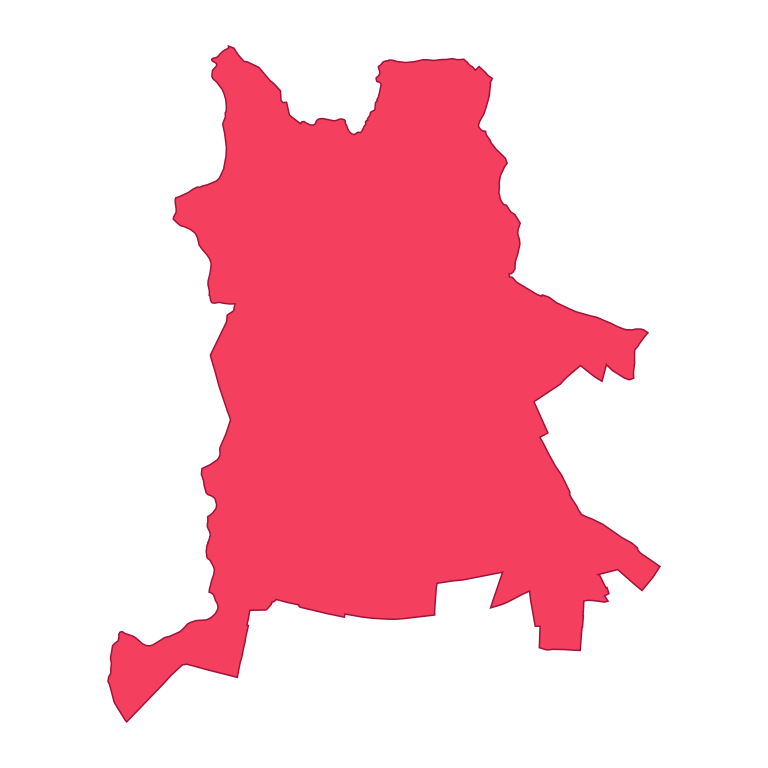 outline of Ludza, Ludzas, Latvia
{"feature_id": "27541924B46448426617043", "entity_name": "Ludza", "entity_type": "district", "adm_level": 2, "iso_a3": "LVA", "parent_name": "Latvia", "parent_adm1": "Ludzas", "projection": "orthographic", "projection_center": [27.71, 56.543], "detail": "fine", "context": "isolated", "style": "filled", "palette": "rose", "viewbox_px": 768, "rotation_deg": 0, "n_neighbors": 0, "source": "geoboundaries", "source_scale": "gbopen_adm2", "svg_char_len": 6045}
<svg xmlns="http://www.w3.org/2000/svg" viewBox="0 0 768 768"><path d="M602.0,381.3L606.4,364.6L612.5,370.6L624.5,378.1L628.9,379.7L630.3,379.5L633.7,378.2L633.5,373.0L633.9,368.2L634.7,362.7L634.5,357.1L634.7,349.9L638.6,345.4L638.9,344.4L644.5,336.8L648.0,332.8L643.8,329.9L641.2,329.1L636.0,329.0L632.1,329.9L626.4,329.7L623.2,328.9L616.8,326.3L610.8,323.2L603.1,320.1L597.9,317.7L587.3,315.0L576.5,311.9L569.9,309.1L556.6,302.8L548.8,297.1L542.3,294.9L541.7,296.2L536.9,294.4L516.6,282.2L512.5,277.5L509.4,276.8L509.0,274.0L510.9,273.7L512.7,272.5L514.9,269.2L515.3,261.6L517.6,254.9L519.9,244.1L519.4,239.3L517.7,233.8L518.1,229.5L520.2,223.2L515.0,214.7L510.6,211.7L506.4,205.3L503.6,204.5L501.5,201.5L500.4,199.2L498.9,192.4L499.4,187.7L499.2,182.7L500.3,176.0L504.7,166.5L507.2,163.3L505.3,158.1L495.9,149.0L492.5,144.5L491.3,143.4L490.2,140.4L486.0,134.5L485.7,131.5L485.1,131.2L482.6,130.9L480.8,129.7L478.7,126.8L478.6,125.2L479.0,123.5L479.8,121.2L483.7,114.3L486.0,107.7L488.2,100.0L489.2,96.1L489.6,92.4L490.5,83.5L490.1,83.2L492.3,78.4L487.9,75.4L485.8,72.9L479.1,66.5L475.4,70.2L472.5,66.8L470.8,66.0L469.2,64.8L467.0,61.9L465.7,61.1L463.8,59.2L459.7,59.6L456.7,59.6L452.3,58.6L446.4,59.5L441.8,59.5L433.9,60.5L427.6,59.8L423.2,59.7L414.3,61.7L405.7,62.5L397.5,61.6L392.2,60.1L388.8,60.1L387.7,61.0L386.0,60.9L383.6,61.7L382.7,62.4L380.9,64.7L378.5,66.5L378.4,66.8L378.5,67.9L379.5,70.7L379.9,73.0L379.4,74.4L378.5,75.8L377.9,76.5L376.3,77.6L376.1,78.8L376.7,81.3L377.6,81.9L378.3,81.7L379.6,82.2L380.9,83.7L381.0,85.4L379.5,92.3L378.4,96.9L376.8,100.0L377.3,100.9L376.0,102.1L375.4,103.2L375.0,108.8L374.4,110.4L372.2,111.2L370.6,112.3L370.1,113.2L370.6,114.3L368.0,118.0L367.4,119.2L367.7,120.3L366.3,120.8L365.5,121.9L365.7,124.7L364.3,126.0L362.0,130.9L360.7,132.5L358.6,132.3L357.1,132.5L355.5,134.1L354.1,134.5L351.7,133.8L349.2,131.6L347.7,128.7L346.7,125.7L345.3,123.2L345.4,121.5L345.2,120.7L344.4,119.8L342.5,119.1L339.9,119.0L336.2,120.5L333.8,120.8L323.2,118.6L320.7,118.6L318.3,119.2L317.3,120.0L316.2,121.2L315.3,123.6L314.3,124.6L312.9,125.1L310.5,125.0L309.3,124.6L306.0,122.9L304.2,121.6L303.5,121.5L301.7,121.9L301.2,122.4L300.7,123.8L289.5,115.2L286.6,102.4L286.2,102.2L283.2,102.6L282.7,102.4L281.0,100.4L280.5,90.8L273.6,83.4L270.0,80.5L258.9,67.4L247.7,62.0L244.0,61.4L238.5,55.2L233.8,48.1L228.4,46.1L228.6,47.3L227.8,48.6L225.4,49.6L222.8,51.3L220.2,53.7L218.6,55.8L217.7,56.6L216.5,57.4L212.8,58.4L211.7,59.3L211.7,59.9L212.0,60.6L212.5,61.1L215.8,63.0L216.3,63.5L216.7,64.5L216.5,65.7L215.9,66.7L213.8,68.8L212.5,70.5L211.9,75.0L211.9,76.6L212.9,78.7L216.7,82.1L222.2,89.5L224.0,93.6L225.8,99.8L226.4,107.7L226.1,111.4L225.2,112.8L225.4,116.9L223.4,121.9L222.8,124.3L223.7,129.2L224.6,133.0L226.4,147.4L226.0,156.1L223.6,169.1L219.4,178.1L216.2,181.1L207.0,184.9L202.8,185.9L200.2,187.2L197.3,187.1L193.1,189.1L187.9,192.7L178.7,196.9L176.0,197.7L175.2,199.4L175.3,203.0L176.2,209.1L176.1,212.3L173.5,217.2L173.3,219.2L176.7,222.5L180.4,225.6L184.9,226.9L189.8,229.1L194.0,232.1L195.7,233.9L197.6,238.2L199.2,245.2L202.7,250.0L206.8,254.6L209.1,258.0L210.2,260.5L211.1,263.1L211.1,264.9L210.6,269.6L209.9,273.8L208.1,281.0L208.0,284.9L209.2,290.0L209.4,292.6L209.2,295.5L209.9,295.9L210.6,300.4L211.8,302.6L214.0,303.2L219.1,302.4L224.5,303.4L229.7,304.0L235.0,303.8L234.1,307.8L233.9,310.0L233.1,311.2L228.0,314.5L227.2,315.4L226.6,321.7L210.5,354.9L210.6,356.5L215.4,372.6L218.9,385.7L227.4,411.1L229.9,417.7L230.5,420.0L225.9,433.9L219.9,447.9L219.8,449.2L220.1,454.6L218.9,457.7L217.2,459.9L210.1,464.7L202.1,468.5L201.9,469.0L201.5,473.2L201.4,474.8L202.3,476.7L203.8,481.9L204.0,484.9L206.2,493.0L208.1,494.7L210.8,495.6L213.7,497.3L215.0,498.7L216.6,504.5L216.3,507.6L215.6,509.1L212.3,513.4L209.9,515.3L207.9,516.4L207.6,517.5L207.8,518.8L207.9,520.7L207.4,523.8L207.3,526.7L209.6,531.8L210.4,534.7L209.7,536.8L209.6,537.9L208.6,541.0L207.7,542.8L208.2,543.1L207.0,545.2L206.2,551.7L206.9,557.0L207.4,558.2L209.2,559.5L210.6,561.2L213.4,566.5L214.4,569.4L213.8,574.3L211.7,580.2L210.6,584.7L209.4,589.3L209.1,592.2L210.6,592.6L212.4,593.7L213.6,594.9L215.1,599.3L215.3,600.3L217.1,603.1L218.0,606.8L217.7,609.3L215.3,613.7L211.1,617.6L206.5,619.9L195.9,620.6L190.5,622.4L187.5,624.0L184.1,627.9L179.9,631.7L169.5,636.4L164.7,637.5L160.6,640.2L152.7,645.0L149.5,645.8L145.7,645.4L142.6,643.9L135.9,638.0L133.0,636.2L124.8,633.4L122.1,631.6L120.0,632.2L118.7,634.5L119.0,636.2L118.6,638.8L117.9,641.1L115.3,642.8L112.6,645.7L110.5,658.2L111.4,663.4L110.8,669.1L110.8,673.1L108.7,676.9L108.1,680.1L108.0,681.4L109.4,684.3L110.2,687.0L114.0,701.6L115.2,704.0L125.2,720.2L126.7,721.9L165.0,682.1L170.7,675.7L182.3,664.9L186.8,664.2L209.7,670.4L237.3,677.4L240.2,662.4L241.7,657.4L243.5,648.5L245.2,641.3L245.8,636.8L248.4,625.5L246.9,625.0L248.4,618.6L249.8,610.3L265.9,610.0L266.9,609.4L271.3,604.3L272.0,602.1L273.2,601.9L275.6,600.3L275.9,599.4L286.7,602.3L298.6,604.8L298.5,605.6L300.1,607.2L327.5,613.7L344.4,617.2L344.9,614.0L362.4,617.1L373.0,618.3L388.8,619.2L396.6,619.2L403.9,618.6L434.7,615.0L434.6,610.8L436.2,588.3L437.0,583.3L453.0,580.9L463.0,579.9L502.6,572.2L492.8,600.9L490.6,607.9L501.2,604.7L505.8,602.9L510.3,600.7L522.6,594.2L529.6,591.1L530.5,599.5L535.2,626.2L540.1,626.3L539.3,647.7L546.2,649.8L548.4,649.9L552.8,649.3L564.7,649.6L580.2,650.5L581.7,631.0L582.1,627.0L582.5,627.1L583.4,615.6L583.0,615.6L583.5,609.0L583.8,601.0L587.5,600.3L592.9,600.5L604.5,602.1L608.1,601.1L604.6,595.9L608.9,593.6L607.4,588.7L606.9,587.5L606.0,588.0L599.7,575.4L598.1,574.6L617.7,569.6L634.4,584.3L642.0,590.5L652.9,577.4L660.0,566.4L658.8,565.8L653.4,561.9L640.8,553.4L637.9,550.2L637.5,547.9L631.8,543.0L622.2,537.8L602.8,524.3L591.4,518.7L587.2,517.2L581.0,514.3L580.9,513.1L578.7,510.5L576.9,506.4L571.5,498.2L569.6,494.4L569.9,493.0L569.8,492.0L561.7,475.3L555.2,465.7L548.7,454.0L544.1,444.8L539.9,437.3L547.9,432.9L534.1,402.0L534.2,401.5L560.5,384.0L563.3,380.7L567.4,376.7L580.3,365.7L580.8,365.9L594.6,376.8L602.0,381.3Z" fill="#f43f5e" stroke="#9f1239" stroke-width="1.5"/></svg>